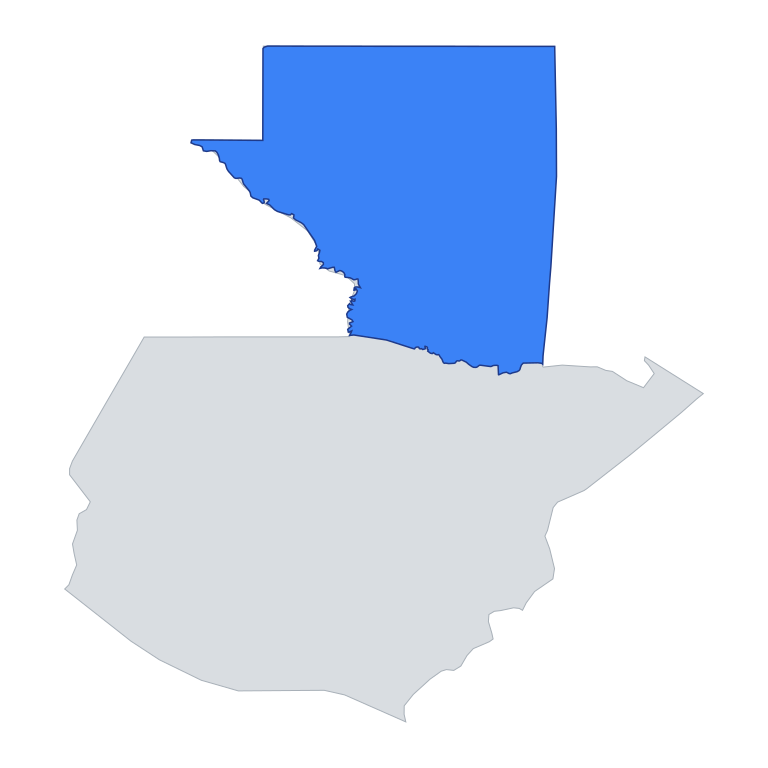 Petén on a map of Guatemala (Mercator projection)
{"feature_id": "GTM-1944", "entity_name": "Petén", "entity_type": "Department", "adm_level": 1, "iso_a3": "GTM", "parent_name": "Guatemala", "parent_adm1": "", "projection": "mercator", "projection_center": [-90.264, 16.829], "detail": "fine", "context": "in_parent", "style": "filled", "palette": "blue", "viewbox_px": 768, "rotation_deg": 0, "n_neighbors": 0, "source": "natural_earth", "source_scale": "10m", "svg_char_len": 5112}
<svg xmlns="http://www.w3.org/2000/svg" viewBox="0 0 768 768"><path d="M64.7,589.0L68.9,584.8L72.4,575.0L76.7,565.0L74.1,553.4L72.5,544.0L77.4,530.3L76.9,520.1L79.2,513.7L86.5,509.6L90.3,501.8L69.6,474.8L69.6,468.6L72.4,461.1L89.1,432.2L109.0,397.8L131.0,359.9L144.2,337.0L192.4,337.0L224.3,336.9L264.8,336.9L308.9,336.9L337.7,336.9L349.7,336.6L347.6,321.7L349.2,305.3L354.5,290.4L354.5,283.8L345.9,275.7L329.2,271.0L319.9,263.9L319.8,254.8L315.8,243.9L307.7,231.0L290.9,217.9L265.4,204.5L243.7,186.4L225.8,163.7L210.7,149.1L199.0,143.0L196.3,139.8L230.4,140.1L262.7,140.3L262.9,107.8L263.1,78.8L263.3,46.1L321.8,46.1L391.7,46.2L464.2,46.3L521.1,46.3L554.6,46.3L553.0,86.9L551.3,133.9L550.0,168.3L548.2,214.3L546.4,261.1L544.0,325.0L542.5,366.2L543.2,367.1L562.2,365.1L590.3,366.9L597.2,366.8L605.8,370.4L612.4,371.4L626.7,380.7L643.5,387.7L654.2,373.6L648.6,365.1L644.4,360.7L645.0,356.9L703.3,393.6L696.4,399.2L681.6,412.3L654.7,434.6L630.6,454.5L607.4,472.6L586.5,488.9L584.1,490.5L557.6,502.1L553.2,507.5L547.5,530.4L544.9,536.1L549.7,548.9L554.5,568.6L552.9,578.9L534.6,591.5L526.2,602.9L522.5,610.3L519.2,608.4L513.6,607.8L500.5,610.6L494.2,611.3L488.9,614.5L488.4,621.6L491.8,633.1L493.1,639.0L489.4,641.7L473.3,648.6L467.0,655.5L460.9,666.0L453.8,670.4L446.4,669.6L441.2,671.2L430.1,679.1L413.3,694.4L404.2,705.8L404.1,714.3L405.8,721.9L344.6,694.9L324.2,690.3L238.3,690.9L201.4,680.3L159.4,659.8L131.0,641.2L64.7,589.0Z" fill="#d9dde1" stroke="#a8b0b8" stroke-width="1"/><path d="M556.3,128.9L556.5,176.4L553.8,219.6L550.9,266.3L549.5,283.5L547.1,317.8L543.0,356.1L542.7,364.2L541.7,363.3L537.9,362.8L523.2,363.1L521.4,365.0L520.4,367.7L520.1,368.8L519.9,369.4L519.6,369.9L519.0,370.6L517.1,371.7L512.3,372.9L510.4,373.7L509.2,373.6L506.5,372.2L503.1,372.8L498.8,374.8L498.6,374.8L498.5,374.7L498.1,366.0L498.0,365.6L497.3,365.4L496.3,365.3L494.1,365.4L493.1,365.6L492.4,365.8L492.1,366.1L491.7,366.3L491.3,366.4L490.9,366.5L490.3,366.5L480.4,365.2L479.3,365.3L477.4,366.8L477.0,367.0L476.7,367.2L475.8,367.4L473.6,367.3L472.9,367.0L472.0,366.6L468.7,364.3L466.2,362.1L465.7,361.9L462.0,360.1L461.5,360.0L461.0,359.9L460.4,360.4L459.6,360.9L459.1,361.0L457.7,360.8L457.2,360.8L456.8,361.0L456.5,361.2L456.2,361.5L455.6,362.5L455.4,362.7L455.2,362.9L454.9,363.0L454.0,363.3L448.7,363.6L446.2,363.2L445.5,363.1L445.0,363.2L444.5,363.3L444.0,363.1L443.4,362.6L442.7,361.2L442.4,360.3L442.0,359.3L439.9,356.5L439.4,355.5L438.9,354.8L438.5,354.6L437.6,354.8L436.1,354.6L433.3,352.7L432.6,353.4L432.2,353.6L430.4,353.2L427.7,351.1L428.1,350.0L428.1,349.6L427.8,349.4L427.3,349.1L427.1,348.7L427.3,348.2L427.4,347.8L427.4,347.4L427.1,347.1L426.8,346.9L425.6,346.4L425.3,346.3L425.0,346.3L424.9,346.8L425.3,348.1L425.3,348.5L425.2,348.8L424.9,349.0L423.6,349.2L423.2,349.4L422.7,349.5L422.4,349.4L421.7,348.7L421.1,348.7L420.2,348.9L419.6,348.7L419.1,348.2L419.0,347.6L418.6,347.2L417.9,347.0L416.1,347.2L415.4,347.7L415.0,348.1L414.9,348.4L414.8,348.6L414.5,348.9L413.5,348.7L386.4,340.0L353.9,335.0L349.6,335.4L350.1,334.6L351.2,332.3L351.7,330.9L350.8,331.3L350.4,331.4L350.1,331.5L349.5,332.1L348.3,332.1L347.7,329.3L351.6,326.1L349.5,324.1L349.5,323.0L353.0,321.6L352.0,319.9L347.3,317.3L346.7,314.1L347.9,311.9L349.8,310.4L351.7,309.5L349.5,308.6L348.0,307.3L347.7,305.7L349.5,303.7L350.2,304.4L350.7,304.6L352.8,304.9L352.2,304.0L351.2,302.2L350.6,301.3L351.3,301.4L351.5,301.2L351.5,300.7L351.7,300.3L352.6,300.9L354.0,301.3L354.9,300.9L355.0,299.2L354.0,299.5L351.6,298.7L350.0,297.5L351.1,296.9L354.1,295.9L356.4,293.7L357.4,291.0L356.0,288.8L355.0,288.8L355.0,290.1L353.9,290.1L354.3,287.7L355.8,286.9L358.0,287.0L360.4,287.7L358.6,284.6L358.3,283.7L358.3,281.5L358.0,279.1L357.1,278.9L355.7,279.5L353.9,279.8L352.9,279.3L351.7,278.6L350.1,277.8L345.1,277.2L344.7,276.2L344.9,274.8L344.1,273.0L343.1,272.0L341.6,271.0L339.8,270.5L336.0,272.3L335.0,270.8L334.3,267.3L332.7,267.3L328.6,268.5L327.7,268.9L326.8,268.4L324.6,268.0L322.0,267.9L320.0,268.4L320.9,266.8L322.3,265.6L323.4,264.4L323.3,262.6L321.5,261.5L319.0,261.4L317.6,260.7L318.9,258.2L318.4,255.5L319.4,252.7L319.9,250.3L317.8,249.0L317.3,250.1L316.8,250.7L315.9,251.0L314.6,251.2L314.6,250.2L316.7,246.3L314.5,240.3L303.7,224.6L301.4,222.8L295.7,219.9L293.4,217.9L293.9,216.0L293.9,214.8L291.7,213.6L290.3,214.9L288.4,214.8L277.4,211.4L274.5,209.7L269.8,205.0L266.5,203.4L269.1,200.6L268.7,199.3L266.5,198.9L263.8,198.9L263.5,199.6L264.1,201.1L264.2,202.7L262.7,203.4L261.8,202.9L259.8,200.7L258.9,200.0L252.8,197.8L250.9,196.1L250.2,192.6L249.3,190.9L243.7,184.0L243.1,182.6L242.2,179.4L241.4,178.3L239.7,178.0L235.9,178.4L234.3,177.8L228.6,171.5L227.1,169.2L226.5,167.6L225.6,164.6L225.0,163.4L223.5,162.6L220.2,161.7L219.6,160.6L219.3,158.1L218.4,155.1L217.0,152.4L215.3,150.9L210.9,150.7L206.7,151.4L203.4,150.8L202.1,146.8L199.7,145.5L194.7,144.5L191.0,142.8L191.7,140.1L192.5,140.0L192.9,139.9L262.8,140.4L262.9,94.5L263.0,48.5L264.3,47.1L267.6,46.1L274.4,46.1L309.5,46.2L344.5,46.2L379.6,46.3L414.6,46.3L449.6,46.3L484.7,46.4L519.7,46.4L554.7,46.4L555.4,82.6L556.3,128.9Z" fill="#3b82f6" stroke="#1e3a8a" stroke-width="1.5"/></svg>